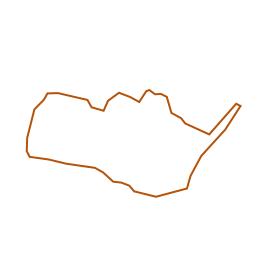 outline of Bouza, Tahoua, Niger, rotated 25°
{"feature_id": "23599985B24942158565256", "entity_name": "Bouza", "entity_type": "district", "adm_level": 2, "iso_a3": "NER", "parent_name": "Niger", "parent_adm1": "Tahoua", "projection": "mercator", "projection_center": [6.113, 14.511], "detail": "fine", "context": "isolated", "style": "outline", "palette": "amber", "viewbox_px": 256, "rotation_deg": 25, "n_neighbors": 0, "source": "geoboundaries", "source_scale": "gbopen_adm2", "svg_char_len": 616}
<svg xmlns="http://www.w3.org/2000/svg" viewBox="0 0 256 256"><g transform="rotate(25 128 128)"><path d="M40.8,179.5L46.0,191.8L51.1,195.7L69.2,190.1L87.4,186.4L114.8,178.1L124.2,178.8L137.3,182.9L145.0,180.3L153.6,179.7L160.4,182.8L182.4,178.5L200.7,163.2L207.0,157.9L204.9,144.9L206.2,122.4L216.8,88.4L220.7,60.5L215.8,60.3L204.3,99.5L177.9,99.7L172.1,96.7L161.0,96.0L150.0,83.4L143.4,83.2L138.3,86.0L131.3,84.6L129.0,86.9L127.2,99.7L116.6,99.0L104.9,99.9L98.4,111.8L98.6,122.7L86.2,124.6L79.4,119.7L49.7,126.0L40.4,130.7L39.8,138.0L35.3,150.7L40.8,179.5Z" fill="none" stroke="#b45309" stroke-width="2"/></g></svg>